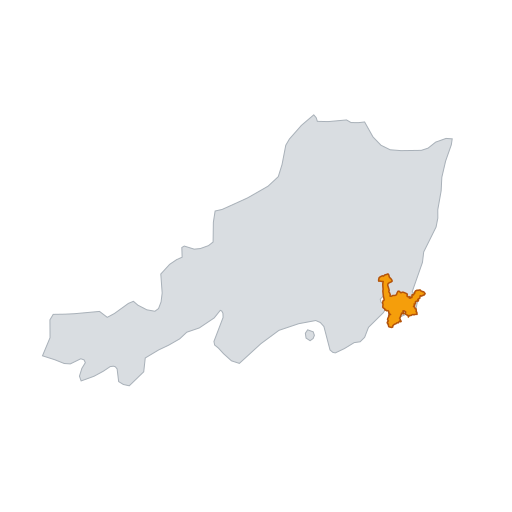 location of Noyemberyan, Tavush, Armenia, rotated 110°
{"feature_id": "60910142B91893533127348", "entity_name": "Noyemberyan", "entity_type": "district", "adm_level": 2, "iso_a3": "ARM", "parent_name": "Armenia", "parent_adm1": "Tavush", "projection": "natural_earth1", "projection_center": [44.992, 41.129], "detail": "fine", "context": "in_parent", "style": "filled", "palette": "amber", "viewbox_px": 512, "rotation_deg": 110, "n_neighbors": 0, "source": "geoboundaries", "source_scale": "gbopen_adm2", "svg_char_len": 7126}
<svg xmlns="http://www.w3.org/2000/svg" viewBox="0 0 512 512"><g transform="rotate(110 256 256)"><path d="M227.7,309.8L223.8,303.7L204.3,283.8L186.2,268.5L173.8,262.2L161.2,262.8L141.7,265.9L134.6,264.6L117.7,258.0L103.6,250.0L105.5,246.7L108.5,244.4L105.0,234.1L97.2,217.5L98.1,212.3L95.6,205.2L92.9,199.8L104.1,186.8L109.2,176.4L110.3,166.3L107.4,155.8L100.2,136.8L95.8,131.2L87.5,126.1L80.5,117.6L78.8,111.7L84.7,110.5L101.9,110.3L118.5,108.3L131.5,104.3L150.4,101.0L158.2,98.1L167.2,96.7L194.8,99.8L205.1,97.4L236.1,97.0L236.9,95.7L232.7,91.7L232.7,90.2L251.2,87.6L254.0,85.7L256.5,92.1L263.4,99.2L271.0,102.1L275.1,106.0L275.2,108.9L261.8,112.5L260.9,114.3L261.8,116.1L265.8,117.0L284.6,125.9L295.3,126.1L301.0,128.8L303.8,134.1L312.8,141.3L319.9,148.3L320.3,150.8L319.0,154.3L299.0,168.1L296.5,172.8L296.2,177.8L305.0,192.7L318.0,209.0L336.7,221.4L362.6,234.9L362.9,243.2L358.9,253.1L355.4,259.8L353.8,264.4L350.7,266.3L325.0,265.9L321.1,267.5L319.4,269.4L319.3,271.0L328.5,274.1L343.0,284.7L351.3,295.0L360.0,299.4L369.7,307.6L377.5,315.3L389.7,325.2L403.2,321.9L421.3,330.7L422.1,336.7L421.0,342.1L409.6,347.9L408.2,350.3L408.3,352.3L409.8,355.2L416.4,360.0L424.3,367.0L433.2,377.6L429.3,380.8L421.1,381.2L414.6,379.9L412.4,382.1L412.5,385.5L420.9,393.6L422.6,399.4L422.3,409.6L422.8,422.5L403.2,421.6L386.5,427.8L380.2,426.6L376.0,415.6L372.3,406.8L361.6,384.1L364.5,374.8L358.5,369.4L344.2,359.7L340.5,355.7L342.6,350.2L343.9,340.2L342.5,332.1L338.7,329.6L331.6,329.5L322.9,331.5L305.5,339.3L293.4,334.3L286.5,329.3L282.4,325.0L273.4,328.6L271.2,326.8L270.7,316.4L268.0,310.8L262.5,304.2L257.5,301.1L238.9,307.6L227.7,309.8ZM256.5,122.9L257.1,119.2L256.3,115.8L253.3,114.7L249.6,115.6L249.3,119.3L250.4,122.9L254.1,124.5L256.5,122.9ZM316.0,180.9L311.7,183.2L307.7,182.2L307.7,176.3L310.6,174.0L314.0,174.1L317.1,176.2L316.0,180.9Z" fill="#d9dde1" stroke="#a8b0b8" stroke-width="1"/><path d="M237.6,132.1L237.1,130.5L236.9,129.2L236.5,127.8L239.0,127.3L241.4,126.3L243.8,125.2L245.6,124.8L249.1,123.1L250.8,122.2L252.4,121.1L253.3,120.6L254.1,120.7L254.4,121.2L255.8,121.2L257.2,120.9L257.8,120.2L259.6,119.7L260.7,119.4L260.9,119.1L261.1,118.8L261.2,118.7L261.4,117.9L261.5,117.6L261.7,116.9L261.8,116.9L262.2,116.6L262.3,116.5L262.5,116.5L262.6,116.3L262.6,116.1L262.5,115.9L262.3,115.6L262.4,115.4L262.5,115.3L262.6,115.2L262.6,114.9L262.8,114.5L262.5,113.8L262.4,113.6L262.2,113.2L262.5,112.8L262.7,112.4L263.0,112.2L263.5,112.0L264.0,111.8L264.2,111.7L264.2,111.1L264.4,110.9L264.5,110.6L264.7,110.4L264.9,110.2L265.1,109.8L265.7,110.6L265.9,110.9L266.1,110.9L266.4,110.8L267.0,110.7L267.4,110.5L268.1,110.6L268.7,110.6L269.4,110.8L269.7,110.8L270.0,110.7L270.5,110.7L270.8,110.6L271.0,110.4L271.6,109.5L271.7,109.4L271.8,109.4L272.2,109.5L272.4,109.6L272.6,109.5L272.9,109.6L272.9,109.8L273.1,109.8L273.4,110.0L273.5,110.0L273.7,109.9L273.9,109.8L274.2,109.6L274.4,109.3L274.6,108.9L274.6,108.7L274.7,108.3L274.8,108.3L275.2,108.2L275.3,108.2L276.3,107.6L276.7,107.3L276.9,107.1L277.0,107.0L277.0,106.8L277.0,106.5L277.0,105.9L277.0,105.6L276.9,105.1L276.8,104.5L276.8,104.2L276.7,104.0L276.5,103.9L276.1,103.3L275.9,103.3L275.5,103.3L275.3,103.4L275.1,103.5L274.7,103.6L274.1,103.3L273.3,102.9L273.0,102.7L272.7,102.5L272.5,102.2L272.0,101.6L271.8,101.4L271.6,101.2L270.9,100.9L270.7,100.8L270.7,100.7L270.6,100.4L270.3,100.2L270.1,100.0L270.0,99.8L270.1,99.5L270.0,99.4L269.8,99.5L269.6,99.5L269.3,99.3L269.1,99.2L268.8,99.1L268.3,98.8L268.3,98.7L268.5,98.3L268.4,97.8L268.2,97.6L268.1,97.4L267.9,97.3L267.6,97.3L267.4,97.7L267.4,97.9L267.3,98.1L267.4,98.3L267.3,98.5L267.1,98.5L267.0,98.3L266.7,98.4L266.5,98.6L266.3,98.7L266.0,99.0L265.9,99.2L265.7,99.3L265.4,99.6L265.3,99.8L265.2,99.8L264.6,99.6L264.1,99.6L263.7,99.5L263.5,99.4L263.3,99.5L263.0,99.6L262.8,99.6L262.4,99.6L261.9,99.6L261.6,99.4L261.2,99.5L260.8,99.6L260.3,99.5L260.0,99.6L259.8,99.5L259.7,99.3L259.7,99.1L259.5,98.8L259.6,98.6L260.0,98.3L260.1,98.0L260.0,97.8L259.7,97.7L259.3,97.9L259.1,98.0L258.7,98.1L257.8,98.9L257.6,99.1L257.4,99.1L257.2,98.9L257.0,98.6L256.9,98.0L256.9,97.7L257.0,97.3L257.2,96.6L257.3,96.3L257.5,96.1L257.8,96.1L258.4,96.2L258.7,96.3L258.9,96.4L259.0,96.4L259.4,95.9L259.5,95.5L259.5,95.0L259.5,94.8L259.6,94.6L259.8,94.4L259.8,93.8L259.9,93.5L259.8,93.3L259.8,93.0L260.0,92.6L260.6,92.3L260.9,92.2L261.1,92.0L260.9,91.9L260.5,91.8L260.0,91.6L259.7,91.6L259.4,91.1L259.3,90.9L259.1,90.8L259.0,90.6L259.0,90.3L258.9,90.1L258.8,89.9L258.6,89.7L258.3,89.6L258.1,89.4L257.6,88.9L257.4,88.6L257.3,88.2L257.2,87.8L257.3,87.5L257.1,87.2L256.8,87.0L256.7,86.8L256.5,86.6L256.4,86.3L256.0,85.5L255.9,85.0L255.8,84.8L255.5,84.9L255.3,84.9L255.0,85.1L254.3,85.4L254.1,85.6L254.0,85.8L253.9,85.9L253.5,86.1L253.5,86.5L253.3,86.6L252.6,86.7L252.0,86.9L251.7,87.0L251.4,87.4L251.3,87.6L251.0,87.6L251.0,87.8L251.1,88.2L251.1,88.3L251.0,88.5L250.9,88.6L250.7,88.8L249.9,89.2L249.9,89.6L249.7,89.9L249.6,90.1L249.6,90.3L249.6,90.6L249.4,90.6L249.3,90.4L249.0,90.2L248.8,90.2L248.6,90.3L248.4,90.4L248.1,90.2L247.8,90.1L247.7,90.2L247.3,90.7L247.2,90.8L247.1,90.6L247.0,90.4L246.9,90.3L246.6,90.1L246.4,90.1L246.2,90.2L245.8,90.1L245.6,90.0L245.3,90.3L245.0,90.3L244.6,90.5L244.3,90.5L244.1,90.3L244.0,90.1L243.8,90.0L243.6,89.8L243.4,89.4L243.2,89.1L243.1,88.7L242.8,88.2L242.6,88.1L242.3,88.1L241.9,88.3L241.8,88.8L241.8,89.0L241.7,89.1L241.1,88.9L240.6,88.7L240.3,88.4L240.3,88.1L239.7,87.9L239.6,87.7L238.9,87.9L238.5,87.9L238.0,87.9L237.7,88.0L237.3,88.1L237.1,87.9L237.0,87.6L237.0,87.3L237.0,86.6L236.2,86.1L236.1,85.7L235.8,85.5L235.6,85.4L235.4,85.3L235.3,84.9L235.2,84.8L235.1,84.6L234.9,84.6L234.5,84.6L234.4,84.5L234.0,84.5L233.8,84.2L233.7,84.2L233.4,84.3L233.2,84.6L233.1,84.8L233.0,85.1L232.6,85.6L232.4,85.9L232.3,86.2L232.3,86.5L232.4,86.9L232.4,87.1L232.5,87.2L232.4,87.3L232.4,87.5L232.4,87.8L232.5,88.0L232.5,88.3L232.4,88.6L232.4,88.8L232.4,89.1L231.9,89.8L231.8,90.0L231.8,90.3L231.9,90.5L232.0,90.7L232.1,90.8L232.2,91.1L232.3,91.3L232.6,91.5L232.9,92.0L233.0,92.3L233.0,92.9L233.1,93.1L233.4,93.3L233.9,93.7L234.0,94.0L234.5,94.2L234.8,94.2L235.1,94.3L235.4,94.4L235.8,94.4L236.2,94.3L236.5,94.2L236.9,94.2L237.2,94.3L237.4,94.5L237.7,94.6L237.9,94.7L238.0,94.9L238.2,95.0L238.4,95.1L238.6,95.0L238.6,95.3L238.6,95.7L238.7,95.8L238.8,95.9L238.9,96.0L239.1,96.0L239.5,95.8L240.0,95.9L240.3,95.9L240.6,95.5L241.2,95.4L241.5,95.4L241.8,95.4L241.9,95.6L242.0,96.1L242.1,96.3L242.7,96.6L242.8,96.6L243.0,96.8L243.0,97.0L242.8,96.9L242.4,96.9L242.0,97.1L241.6,97.5L242.3,98.1L242.4,98.7L242.1,99.4L242.3,99.9L241.9,100.4L240.1,100.8L239.8,102.1L239.7,103.9L239.7,105.5L240.1,106.3L240.9,107.1L241.0,107.6L240.2,109.1L240.2,109.8L240.6,110.5L242.3,110.8L244.3,110.8L244.9,111.2L245.6,112.0L246.3,113.9L247.6,115.1L247.9,116.2L247.5,116.5L246.6,116.5L244.9,117.9L244.4,118.7L243.8,119.1L242.7,119.1L240.7,120.5L238.5,122.2L237.6,122.4L236.7,122.4L235.5,121.6L234.0,120.0L233.1,119.5L232.3,119.9L231.1,121.6L230.5,123.1L229.6,124.0L228.5,124.6L227.7,125.9L229.0,127.4L229.6,128.4L231.3,129.4L231.4,130.5L233.1,132.2L234.4,132.9L236.7,132.6L237.6,132.1Z" fill="#f59e0b" stroke="#b45309" stroke-width="1.5"/></g></svg>